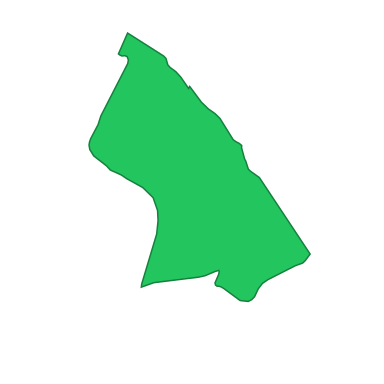 map outline of Yogyakarta (Albers equal-area conic projection), rotated 209°
{"feature_id": "IDN-540", "entity_name": "Yogyakarta", "entity_type": "Special region", "adm_level": 1, "iso_a3": "IDN", "parent_name": "Indonesia", "parent_adm1": "", "projection": "albers", "projection_center": [110.472, -7.88], "detail": "fine", "context": "isolated", "style": "filled", "palette": "green", "viewbox_px": 384, "rotation_deg": 209, "n_neighbors": 0, "source": "natural_earth", "source_scale": "10m", "svg_char_len": 1056}
<svg xmlns="http://www.w3.org/2000/svg" viewBox="0 0 384 384"><g transform="rotate(209 192 192)"><path d="M325.4,299.8L282.7,297.2L279.5,296.2L274.7,291.4L271.4,290.3L264.5,289.4L257.4,287.0L245.2,280.9L245.2,283.2L227.3,275.1L218.0,272.6L209.7,271.7L203.2,269.9L181.3,257.7L177.9,257.3L174.1,257.4L171.1,256.8L169.9,254.5L161.8,246.2L160.2,245.3L153.8,239.3L150.7,238.5L140.1,237.3L58.6,195.0L58.6,194.9L59.7,186.8L60.7,183.6L66.0,177.5L83.2,152.0L86.1,146.1L87.1,139.5L86.5,130.7L87.6,126.7L89.8,123.5L97.3,120.4L117.5,123.0L120.4,123.1L122.5,122.7L124.4,121.8L126.3,122.0L127.8,123.6L128.7,132.5L129.5,135.4L130.6,136.4L133.4,133.5L140.0,125.1L144.7,120.9L181.4,94.2L190.2,84.2L191.4,87.2L202.5,138.1L207.8,150.5L213.2,159.2L223.3,168.2L237.2,172.0L255.4,172.0L262.2,172.6L274.1,171.6L279.4,173.4L295.4,175.9L302.0,179.6L304.8,183.1L305.9,186.1L306.5,189.7L306.8,205.4L308.6,214.4L310.5,273.2L311.7,276.7L314.5,279.0L316.9,278.6L319.2,277.0L321.4,276.8L323.3,277.1L325.4,299.8L325.4,299.8Z" fill="#22c55e" stroke="#15803d" stroke-width="1.5"/></g></svg>